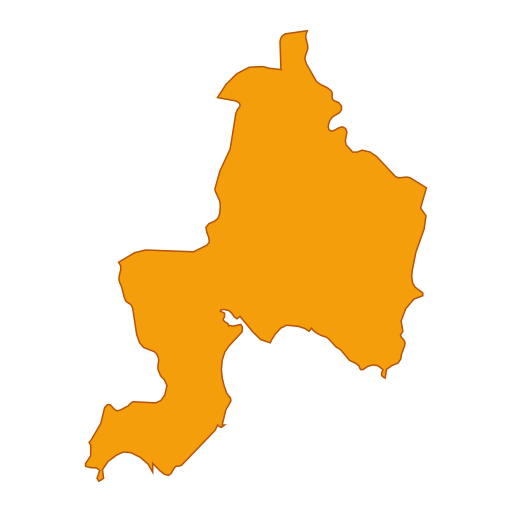 the border of Cagliari
{"feature_id": "ITA-5378", "entity_name": "Cagliari", "entity_type": "Province", "adm_level": 1, "iso_a3": "ITA", "parent_name": "Italy", "parent_adm1": "", "projection": "equal_earth", "projection_center": [9.117, 39.391], "detail": "fine", "context": "isolated", "style": "filled", "palette": "amber", "viewbox_px": 512, "rotation_deg": 0, "n_neighbors": 0, "source": "natural_earth", "source_scale": "10m", "svg_char_len": 3021}
<svg xmlns="http://www.w3.org/2000/svg" viewBox="0 0 512 512"><path d="M426.4,187.8L420.6,208.1L426.0,215.7L424.1,229.1L416.0,251.9L412.2,270.6L411.7,276.8L412.7,283.2L415.3,287.3L422.8,293.0L422.8,295.7L413.9,299.1L405.7,308.8L401.1,320.9L402.9,331.3L400.4,335.1L401.5,337.5L403.8,339.8L405.1,342.8L404.5,346.1L401.4,354.6L400.8,359.0L398.0,363.1L392.0,365.5L386.5,369.4L385.2,378.1L382.7,376.7L381.5,375.2L381.6,373.1L383.0,369.6L377.9,365.7L372.9,364.9L367.8,366.4L363.0,369.6L360.5,369.6L358.9,365.8L356.0,363.5L349.4,360.3L341.2,350.4L339.3,348.9L336.1,347.0L328.6,338.8L325.9,336.9L322.5,336.0L317.9,333.8L313.8,331.0L311.4,328.1L309.2,331.3L304.6,328.4L298.5,326.4L286.7,325.2L280.6,328.2L275.2,334.2L271.5,340.1L270.3,342.8L260.8,339.7L253.2,332.3L240.0,316.4L237.0,318.8L234.3,316.9L231.7,313.2L228.9,310.6L224.2,309.5L220.8,309.9L220.4,311.3L224.6,313.2L224.6,316.4L223.1,319.9L225.0,321.9L227.7,323.4L228.6,325.6L228.9,325.2L232.6,326.2L240.7,324.4L242.3,326.7L242.3,330.1L242.0,331.9L228.8,346.2L224.8,352.1L222.2,360.3L221.4,369.9L222.3,378.4L224.2,386.1L226.7,393.1L228.5,395.7L230.5,397.9L230.9,401.0L225.8,410.0L222.2,425.0L224.6,425.0L221.1,427.5L220.1,427.0L217.7,425.0L215.0,430.4L181.8,465.0L179.6,466.0L176.2,466.3L174.6,467.6L170.9,473.7L168.3,475.4L164.5,474.3L160.0,470.8L152.7,463.4L152.7,472.2L148.0,464.0L140.1,457.2L131.2,452.8L123.7,451.9L116.6,455.1L108.1,461.4L102.5,469.6L103.6,478.3L99.0,481.3L97.0,478.3L99.7,470.3L96.5,467.9L90.8,467.7L85.6,466.3L85.6,463.4L90.6,456.1L90.8,445.5L89.1,442.4L91.0,440.3L100.8,423.4L104.6,407.7L107.6,404.5L110.2,404.7L114.6,409.5L117.0,410.8L120.2,410.1L128.0,406.0L130.5,403.4L133.0,401.7L155.7,402.9L160.9,400.5L164.9,394.8L167.0,385.5L164.6,380.2L160.6,375.8L158.0,369.5L158.0,365.0L158.6,361.7L158.6,358.6L156.9,354.4L154.4,351.7L143.7,347.5L139.6,342.8L136.7,334.7L132.7,308.5L131.6,305.7L130.3,304.2L127.0,302.2L125.6,300.7L124.3,297.6L121.8,287.4L119.7,282.5L119.0,279.9L119.0,277.0L120.8,269.2L120.6,265.6L118.5,262.3L134.6,252.7L145.5,250.0L193.5,251.8L206.7,245.3L209.3,242.2L208.8,237.6L206.8,232.3L205.9,227.3L208.9,223.7L214.4,221.2L217.8,218.5L219.6,214.1L220.3,206.7L220.1,203.4L219.5,200.4L215.2,191.0L214.9,189.0L219.9,171.0L230.1,149.2L235.9,113.2L237.4,109.7L239.8,106.5L240.1,105.2L239.5,103.4L238.2,102.2L235.1,100.8L217.5,97.6L226.0,84.4L236.8,73.7L249.3,67.2L262.5,66.6L266.7,67.5L268.1,68.1L281.3,69.6L280.9,68.4L280.0,41.6L280.6,38.8L281.8,36.4L285.3,33.8L307.3,30.7L305.9,34.6L305.8,38.0L307.7,45.4L307.8,48.9L305.4,55.7L304.9,59.1L306.6,64.2L316.5,81.5L319.6,83.9L327.7,88.0L331.4,91.1L332.2,93.0L332.1,97.3L332.6,99.3L333.9,100.6L338.7,102.6L341.5,106.1L341.5,109.6L339.5,112.7L333.6,116.2L331.4,118.2L329.7,120.8L328.6,124.1L328.2,127.1L328.9,129.5L330.4,130.8L332.8,131.0L339.2,127.7L342.4,126.8L345.6,128.5L346.9,132.2L345.3,140.9L346.1,144.8L352.6,152.1L357.1,152.1L362.0,150.2L370.0,152.0L376.7,156.6L395.4,176.5L398.6,177.9L406.5,177.0L410.0,177.7L426.4,187.8Z" fill="#f59e0b" stroke="#b45309" stroke-width="1.5"/></svg>